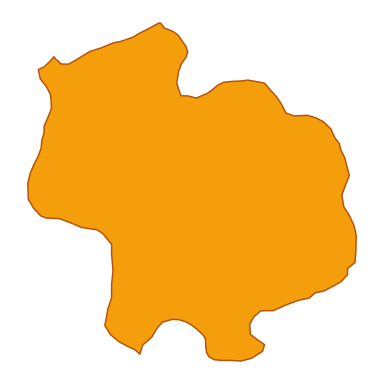 Saatly District, Saatlı, Azerbaijan (Mercator projection)
{"feature_id": "54616110B939777630101", "entity_name": "Saatly District", "entity_type": "district", "adm_level": 2, "iso_a3": "AZE", "parent_name": "Azerbaijan", "parent_adm1": "Saatlı", "projection": "mercator", "projection_center": [48.463, 39.842], "detail": "fine", "context": "isolated", "style": "filled", "palette": "amber", "viewbox_px": 384, "rotation_deg": 0, "n_neighbors": 0, "source": "geoboundaries", "source_scale": "gbopen_adm2", "svg_char_len": 1723}
<svg xmlns="http://www.w3.org/2000/svg" viewBox="0 0 384 384"><path d="M54.0,56.8L49.5,61.9L44.0,66.8L38.4,69.6L40.2,78.8L46.6,86.8L50.4,94.4L51.1,100.2L51.4,108.8L47.6,118.1L44.2,126.0L44.0,133.1L41.9,139.8L41.0,148.7L37.3,158.2L34.1,164.0L30.1,173.7L27.8,183.2L28.3,199.2L33.8,208.5L40.8,215.9L46.3,218.0L59.2,218.6L70.1,222.6L81.8,227.5L96.9,229.8L102.9,233.7L111.6,244.4L111.6,254.1L113.0,270.6L111.6,284.5L111.6,297.9L107.9,308.9L106.5,316.8L104.8,325.5L110.5,334.7L119.1,341.8L126.5,345.8L134.8,349.7L139.9,354.0L140.1,353.4L142.6,345.2L146.4,341.8L151.7,337.2L155.1,331.4L158.3,326.6L162.6,322.2L171.9,319.4L179.0,319.7L185.4,321.7L186.2,321.9L191.0,324.7L197.2,329.4L203.5,335.4L205.5,339.3L205.7,345.8L206.5,352.4L209.1,356.9L214.2,359.7L221.6,360.4L230.1,360.4L241.0,361.0L251.6,358.3L262.6,351.2L264.5,344.7L256.1,338.8L250.4,334.3L249.7,324.3L253.7,317.0L260.8,310.8L273.5,310.6L284.9,305.4L296.2,301.1L301.4,299.7L309.0,298.2L315.3,292.8L323.6,291.1L334.5,285.4L341.1,281.7L347.4,274.8L347.7,268.4L355.0,262.5L355.9,251.1L356.2,235.4L354.1,225.9L349.3,215.3L343.9,207.0L341.8,195.4L345.1,186.1L349.3,175.5L344.6,157.4L341.1,150.6L339.2,143.5L334.6,137.4L331.0,129.1L323.4,121.8L315.6,117.7L307.0,115.3L294.1,115.9L286.0,113.0L281.6,104.5L276.5,96.8L268.0,87.2L264.2,83.0L247.9,80.1L240.9,81.0L232.3,81.4L223.9,82.2L217.7,85.2L211.5,90.5L206.6,93.7L196.1,98.1L188.5,96.0L181.0,95.7L178.5,89.0L176.7,83.0L178.7,71.1L181.3,64.0L186.1,57.2L187.6,52.3L185.9,46.2L181.9,40.6L178.5,35.5L172.9,31.4L164.3,28.0L160.9,23.3L159.0,23.0L146.8,29.6L140.5,32.7L132.6,37.3L120.5,41.5L113.6,42.8L101.2,47.9L90.0,51.4L77.4,59.1L68.5,64.2L61.3,64.0L55.7,59.1L54.0,56.8Z" fill="#f59e0b" stroke="#b45309" stroke-width="1.5"/></svg>